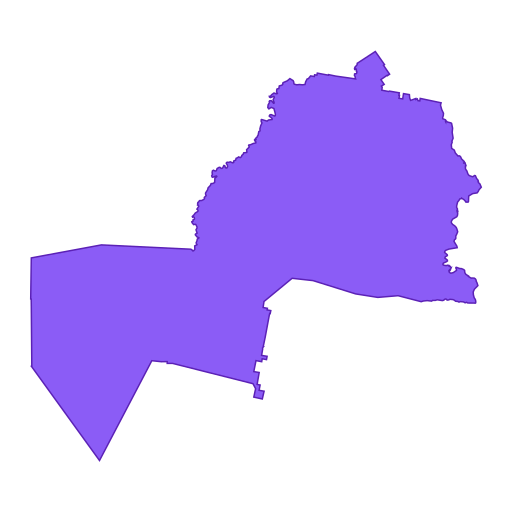 Kentish, Tasmania, Australia
{"feature_id": "25037944B6865905771327", "entity_name": "Kentish", "entity_type": "district", "adm_level": 2, "iso_a3": "AUS", "parent_name": "Australia", "parent_adm1": "Tasmania", "projection": "mercator", "projection_center": [146.299, -41.463], "detail": "fine", "context": "isolated", "style": "filled", "palette": "violet", "viewbox_px": 512, "rotation_deg": 0, "n_neighbors": 0, "source": "geoboundaries", "source_scale": "gbopen_adm2", "svg_char_len": 6035}
<svg xmlns="http://www.w3.org/2000/svg" viewBox="0 0 512 512"><path d="M31.3,257.9L30.7,299.0L31.2,299.1L31.3,306.4L31.8,366.2L31.4,366.3L99.5,460.5L151.8,360.7L161.2,361.7L167.2,361.6L167.2,363.4L172.6,363.4L253.0,383.7L255.6,388.7L253.8,397.1L262.3,399.0L264.1,391.2L259.1,390.3L260.1,385.0L257.1,384.4L259.2,372.5L253.8,371.6L256.0,360.6L261.7,361.7L262.2,358.8L266.5,359.6L267.1,356.3L261.6,355.4L262.7,348.9L262.5,348.0L263.4,346.8L263.2,346.8L265.2,337.2L269.3,315.2L269.7,313.5L270.2,313.6L270.8,310.6L267.1,309.9L267.4,308.3L263.1,307.5L264.0,301.5L292.1,278.3L313.0,280.6L355.6,293.9L377.8,297.4L398.1,295.7L421.2,301.7L423.4,301.0L427.2,300.6L431.7,301.1L432.5,300.4L435.3,300.4L437.2,299.8L442.4,300.6L443.8,300.2L444.5,299.4L445.6,299.0L446.5,299.3L447.1,300.1L448.8,299.9L449.9,299.3L453.1,299.6L454.5,300.3L455.5,301.2L457.9,301.5L459.0,302.1L460.2,301.6L463.5,301.9L465.1,302.8L466.6,302.3L467.8,303.0L475.5,303.1L475.8,302.2L475.6,300.5L475.3,299.4L474.2,297.8L473.4,294.8L473.2,292.0L474.4,289.2L477.9,285.6L477.0,282.8L476.2,281.2L476.1,280.1L475.4,278.9L474.2,278.1L471.3,278.0L471.8,278.3L470.7,277.9L468.7,276.6L468.9,276.5L468.7,276.1L465.9,274.4L464.8,272.6L464.6,270.4L463.8,269.6L461.5,268.6L459.7,268.5L456.4,267.3L456.0,267.4L455.8,267.9L456.4,269.3L456.5,270.4L453.3,272.6L450.9,273.2L450.3,273.0L449.2,272.1L448.9,270.7L449.2,270.3L449.3,271.0L450.0,270.6L450.9,268.4L450.5,268.7L451.0,268.1L451.1,267.5L450.1,266.3L448.8,265.3L448.4,265.4L448.6,265.8L447.6,265.2L446.2,265.6L444.3,265.3L443.3,265.0L442.9,264.2L443.4,263.1L446.7,261.6L447.5,260.9L447.3,260.0L444.8,258.0L445.4,256.7L447.0,255.9L447.4,255.3L447.2,254.7L444.6,252.4L444.8,251.3L445.8,250.3L448.9,249.1L457.2,247.7L456.9,246.2L454.0,241.4L454.5,239.7L455.5,239.0L455.8,238.4L455.8,235.8L456.4,234.9L457.7,231.8L456.9,229.0L456.2,227.4L454.7,225.8L452.6,224.4L451.4,222.8L451.3,222.1L451.5,221.0L452.7,219.1L456.7,216.8L457.4,215.6L457.7,213.7L457.5,212.7L457.6,212.4L457.9,211.3L457.5,210.4L457.2,211.2L457.4,212.5L456.9,210.6L457.5,209.1L456.6,207.3L456.7,205.7L457.6,202.0L459.0,200.4L459.7,199.0L461.2,198.7L461.5,198.1L464.0,199.7L465.9,201.7L465.7,201.8L465.9,202.1L468.1,202.1L468.5,201.4L468.7,196.0L472.7,193.6L477.1,192.9L478.2,191.5L479.0,189.8L481.3,187.2L479.9,183.9L478.4,182.5L478.1,181.4L478.4,181.2L477.9,180.0L476.6,178.5L475.4,175.7L474.5,175.5L473.2,176.5L472.4,176.7L469.6,175.7L468.7,175.1L467.8,173.7L466.9,171.0L465.5,169.0L465.4,167.5L465.8,165.9L465.5,166.0L465.6,165.3L465.8,165.3L465.0,162.7L464.5,162.4L463.9,162.8L463.7,163.7L463.6,163.0L464.5,162.2L464.1,161.3L463.1,160.7L463.1,160.4L461.6,159.0L460.6,156.8L459.8,156.0L459.2,155.8L458.0,156.0L455.3,152.9L454.3,150.1L451.7,148.4L451.3,144.8L452.2,142.1L451.9,141.2L453.1,138.2L452.2,132.4L452.6,128.2L451.6,123.4L451.0,122.9L447.4,122.0L445.8,120.5L445.7,121.8L445.5,121.4L445.7,120.4L445.5,119.8L442.7,118.7L442.6,117.8L443.3,115.6L443.5,113.3L441.7,109.5L440.5,105.1L441.1,102.8L420.2,98.4L419.8,100.9L418.0,100.7L417.3,98.9L415.9,99.5L415.8,98.5L410.6,100.4L409.7,98.1L409.4,94.6L403.5,93.6L402.7,98.9L399.0,98.3L399.5,95.4L398.9,95.3L399.3,92.8L389.4,91.1L388.6,91.5L381.8,90.2L382.2,87.3L381.4,86.1L384.2,84.4L380.9,79.6L387.1,75.3L387.4,75.7L389.6,74.2L383.5,65.3L384.5,64.6L375.3,51.5L357.2,63.3L357.2,64.4L356.7,65.3L355.1,66.9L354.5,68.4L354.7,69.5L354.9,69.5L355.0,68.5L355.4,68.3L356.3,69.2L356.1,69.7L356.5,70.3L356.4,71.3L356.8,71.6L356.8,72.8L356.4,73.6L354.6,73.9L354.4,75.4L355.2,76.7L355.2,77.7L355.6,78.9L335.8,76.1L328.5,74.6L328.4,75.2L317.3,73.1L316.9,75.1L314.6,74.8L314.3,76.5L310.6,75.9L308.4,78.6L307.1,79.0L305.6,81.9L305.0,84.5L302.3,84.8L299.5,84.5L296.8,84.8L294.3,84.2L293.8,83.3L293.8,82.1L293.1,80.6L289.9,78.6L287.3,80.8L283.2,82.6L282.8,83.1L282.8,84.2L281.9,85.2L279.3,85.9L278.8,88.6L277.1,88.9L276.7,89.8L276.6,92.0L277.4,93.4L277.1,93.7L276.2,93.8L274.0,93.0L271.8,94.6L270.4,96.2L269.3,96.3L269.5,97.1L270.5,97.6L273.6,96.4L274.0,96.5L274.3,97.4L273.1,99.8L274.1,102.5L274.0,103.2L273.6,103.3L271.2,100.6L269.6,100.8L269.2,101.5L269.5,102.1L269.4,102.6L268.1,104.9L267.8,107.6L268.9,108.9L271.2,107.4L273.9,108.5L275.1,112.9L275.4,114.7L275.2,115.7L274.6,116.0L271.2,114.6L270.1,114.7L269.3,115.8L269.3,116.3L271.5,117.8L272.2,118.9L272.1,119.5L268.5,120.0L267.1,121.1L261.6,119.5L261.2,119.8L261.2,121.8L261.8,122.4L261.9,123.1L260.7,125.7L259.9,128.9L260.1,130.8L258.8,131.6L258.1,135.2L257.5,136.0L257.3,136.9L256.4,137.5L255.6,138.6L256.0,139.6L255.5,139.8L254.9,139.4L254.5,139.9L254.8,140.8L255.9,141.9L255.8,142.9L253.2,143.5L250.6,144.7L248.8,145.0L248.6,145.5L249.2,146.7L249.2,147.1L246.6,149.7L246.9,152.1L246.7,152.5L243.7,152.8L243.1,154.3L241.8,155.4L241.5,156.6L240.3,157.6L238.6,156.9L237.6,157.7L236.1,158.3L235.6,160.2L233.8,160.9L233.6,161.6L233.7,162.4L233.5,162.6L232.5,162.8L230.3,161.8L228.7,162.4L227.3,162.2L226.6,162.5L226.3,163.0L226.3,163.5L227.3,164.9L227.6,166.6L226.8,168.0L225.6,167.8L225.1,167.2L225.1,166.2L224.5,165.6L223.8,165.5L222.8,167.7L222.2,168.3L221.1,168.4L220.1,167.4L219.2,167.3L217.1,168.5L216.5,170.3L216.1,170.8L215.2,171.0L213.4,170.2L212.4,170.9L212.1,172.7L212.4,174.5L211.7,175.7L212.0,176.9L212.7,177.3L214.8,176.4L216.5,176.0L216.8,176.3L216.6,176.8L214.9,178.1L214.6,182.5L213.1,183.4L211.1,183.6L210.4,185.4L208.1,187.8L207.6,189.8L205.6,192.9L205.5,193.9L206.1,195.7L204.3,197.4L204.5,198.5L204.1,199.2L201.8,200.5L199.5,200.6L198.4,202.2L197.9,202.4L197.6,203.5L197.9,204.4L197.5,205.0L198.6,205.8L198.7,206.5L196.9,209.1L197.9,210.1L198.1,210.9L197.6,211.6L195.3,213.0L194.1,214.7L192.3,216.5L192.6,217.2L193.5,216.9L194.2,217.3L194.5,218.8L194.3,219.3L193.0,219.9L193.0,221.2L191.8,221.7L192.0,222.6L193.6,224.6L195.1,224.3L195.8,224.5L197.0,226.9L197.0,228.0L196.0,229.8L197.1,233.1L195.5,234.1L195.3,234.8L197.1,237.0L198.8,237.7L198.6,238.4L197.5,238.8L197.2,239.4L197.0,240.7L196.1,242.9L197.0,244.7L194.7,245.9L194.8,249.4L193.6,250.8L192.8,250.9L192.1,250.0L190.9,249.2L101.4,244.9L31.3,257.9Z" fill="#8b5cf6" stroke="#5b21b6" stroke-width="1.5"/></svg>